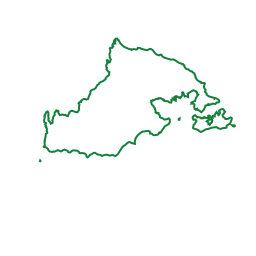 Kupang, Nusa Tenggara Timur, Indonesia, rotated 226°
{"feature_id": "22746128B27765258797580", "entity_name": "Kupang", "entity_type": "district", "adm_level": 2, "iso_a3": "IDN", "parent_name": "Indonesia", "parent_adm1": "Nusa Tenggara Timur", "projection": "orthographic", "projection_center": [123.766, -9.812], "detail": "fine", "context": "isolated", "style": "outline", "palette": "green", "viewbox_px": 256, "rotation_deg": 226, "n_neighbors": 0, "source": "geoboundaries", "source_scale": "gbopen_adm2", "svg_char_len": 5912}
<svg xmlns="http://www.w3.org/2000/svg" viewBox="0 0 256 256"><g transform="rotate(226 128 128)"><path d="M94.5,189.5L94.0,190.7L93.7,190.4L93.6,190.8L93.0,190.7L93.0,191.0L88.4,191.7L88.5,195.5L90.3,199.4L89.8,199.8L89.6,200.8L88.7,201.7L89.3,202.4L88.0,202.9L88.2,203.2L87.4,204.0L86.6,206.0L84.5,207.6L84.8,209.5L83.4,211.0L83.7,212.2L85.2,212.8L88.0,212.1L89.0,211.5L89.0,210.9L89.3,211.2L94.7,208.1L97.2,207.7L98.4,208.5L100.7,208.6L100.9,209.5L101.6,210.3L103.0,210.4L104.5,211.0L105.3,211.7L106.4,213.9L107.1,214.3L109.4,212.1L110.2,211.8L110.5,212.4L112.5,211.4L114.3,211.1L117.7,211.7L117.9,212.2L119.5,213.0L120.2,212.9L121.2,213.7L123.3,213.1L124.0,213.4L125.5,212.5L128.6,212.0L129.1,211.4L130.6,210.8L133.4,211.4L134.1,212.1L135.0,211.7L135.6,212.0L136.3,211.6L136.4,211.2L137.6,211.0L139.1,210.1L145.6,208.5L147.4,206.3L153.4,203.0L155.8,202.5L157.5,203.0L158.1,202.4L158.5,201.0L160.5,199.8L162.6,199.4L166.8,199.9L169.1,199.3L169.8,198.5L170.4,196.4L171.2,195.3L175.7,192.6L177.4,192.1L178.8,190.7L178.3,189.5L178.5,188.7L181.0,186.7L181.7,184.8L182.5,184.9L182.6,184.5L184.8,183.3L189.0,181.6L193.9,181.2L197.6,182.3L198.1,182.0L199.8,182.3L200.8,181.2L200.6,179.3L199.4,179.6L198.9,178.9L198.9,178.4L200.1,178.1L199.6,177.3L199.0,177.2L198.2,177.7L197.6,177.5L199.1,175.5L198.5,174.3L197.0,174.0L197.1,173.0L196.6,172.7L196.7,172.2L198.0,170.9L197.9,170.3L196.2,169.3L194.9,167.8L194.0,166.0L191.2,163.8L189.3,163.3L188.0,160.7L188.4,159.7L191.1,160.5L191.4,159.8L189.1,158.4L188.5,156.2L187.2,154.9L185.9,154.8L185.3,153.3L182.1,152.9L181.1,153.4L180.7,152.6L179.3,151.5L179.5,151.0L179.2,150.3L179.6,149.1L179.4,146.6L178.7,145.9L178.7,145.2L179.2,142.0L180.0,140.6L180.3,138.5L179.9,137.5L180.2,135.6L179.3,132.9L179.3,130.7L180.3,129.0L180.6,127.5L180.3,126.1L179.1,125.0L177.9,121.6L176.6,119.7L177.3,117.9L178.3,117.5L179.7,116.2L180.2,113.5L180.1,112.7L179.4,112.6L179.2,112.2L180.0,111.3L180.4,110.2L180.2,109.6L178.5,109.3L176.7,106.8L175.2,105.7L174.5,103.2L174.5,102.5L175.5,101.6L179.4,99.7L180.0,98.3L180.0,96.7L179.5,96.3L179.6,95.7L178.3,93.0L179.3,92.3L180.9,92.1L181.8,91.0L183.3,90.1L184.7,87.9L187.4,88.5L187.9,89.3L188.8,89.8L189.5,89.2L189.5,88.5L190.4,88.5L190.0,85.8L188.2,84.2L188.2,82.8L187.6,81.3L187.0,80.8L186.1,78.9L185.3,78.7L184.2,77.3L184.3,76.4L184.8,76.2L184.9,75.4L186.5,76.1L188.6,76.0L190.0,77.2L190.1,77.8L192.3,79.0L192.5,79.8L194.6,81.5L195.4,81.2L195.8,81.5L196.2,80.3L195.4,78.7L195.2,76.9L194.6,76.7L194.3,75.8L193.6,75.8L191.7,72.8L190.1,71.8L188.5,72.4L188.1,71.1L187.7,71.3L186.8,70.2L186.6,70.5L185.3,70.0L185.3,69.4L183.3,68.9L182.5,67.5L180.9,66.9L180.5,66.1L180.9,64.9L178.1,61.4L177.1,59.5L176.2,59.2L175.9,58.2L173.3,56.1L173.1,54.4L172.4,54.4L171.0,55.7L168.3,55.8L167.7,55.4L165.6,55.3L163.4,56.8L162.7,58.2L162.0,58.7L160.9,62.0L157.5,63.7L157.2,66.1L156.5,67.4L153.4,68.7L152.2,68.3L151.2,68.7L150.5,69.7L150.6,71.0L150.2,72.7L149.0,74.0L146.8,75.8L144.8,76.1L143.9,75.7L143.2,75.9L142.0,77.5L140.0,79.0L138.0,79.4L136.2,78.4L135.1,78.3L134.8,79.5L135.1,82.1L134.5,83.3L133.9,86.2L132.9,87.1L129.7,87.9L128.0,89.4L125.8,90.0L125.4,91.5L123.8,94.0L120.6,95.9L119.6,97.9L116.6,99.5L116.2,102.3L118.2,110.8L118.1,113.1L117.7,113.5L117.7,117.3L116.9,119.5L114.7,120.1L111.8,122.0L113.5,123.4L115.3,126.3L116.0,129.8L115.8,133.9L115.2,136.0L112.0,140.5L110.3,141.2L108.6,140.1L107.7,141.2L108.0,141.7L107.5,141.2L105.5,141.3L104.5,141.9L102.9,144.1L102.5,145.4L103.1,147.2L102.7,147.9L102.2,147.7L102.1,148.2L103.6,155.9L102.5,159.8L103.3,162.4L105.2,164.0L106.6,164.0L107.1,162.3L108.8,160.0L111.1,159.7L111.5,159.2L113.6,158.5L115.3,159.8L117.1,159.7L117.6,160.3L118.9,159.4L118.9,158.9L120.2,158.6L121.1,159.7L124.0,161.2L125.2,161.1L125.6,161.5L128.7,161.5L129.5,162.2L130.5,162.4L130.6,163.4L131.4,163.7L130.9,164.2L131.0,165.0L130.1,165.4L129.5,168.0L128.6,169.5L128.0,169.7L127.7,170.7L128.0,170.9L126.9,172.2L125.7,172.4L124.2,173.3L123.3,173.4L123.2,172.8L122.2,173.0L119.5,175.3L117.7,175.5L116.3,176.7L117.3,178.5L118.0,178.6L117.5,180.0L118.0,180.4L115.6,180.8L114.4,181.3L115.6,182.7L118.1,182.6L117.8,184.2L117.2,184.9L116.6,184.4L116.0,185.5L114.9,185.7L114.3,186.5L113.8,185.9L113.1,186.2L113.7,189.2L115.0,191.2L115.8,191.5L115.8,192.0L115.2,192.4L111.4,190.7L111.3,191.3L110.5,191.9L108.5,192.8L110.0,194.3L111.3,194.8L109.8,201.2L107.1,202.4L106.3,202.1L105.7,202.4L105.4,201.8L104.5,201.4L103.2,201.7L102.4,197.5L100.9,195.1L102.1,191.7L101.7,191.8L101.4,190.6L100.2,192.0L98.8,192.2L97.1,190.2L95.4,189.2L94.9,189.7L94.5,189.5ZM82.9,174.8L82.3,174.7L78.9,176.6L77.1,177.2L76.4,177.0L74.4,177.8L72.8,183.4L71.7,184.9L70.0,188.6L67.2,192.2L64.5,193.0L62.8,194.2L62.5,195.3L59.9,199.0L61.1,200.7L60.5,203.6L60.6,205.3L62.3,208.8L63.0,209.5L64.2,209.3L65.2,206.1L66.8,204.3L68.1,204.5L69.9,204.2L71.3,204.7L71.8,205.2L71.7,207.1L72.2,208.0L72.0,208.4L72.3,209.2L73.2,209.0L75.1,209.6L76.3,208.9L77.0,207.3L77.2,205.6L76.9,205.2L76.4,205.5L74.9,204.6L74.2,202.3L73.6,202.3L74.4,201.9L76.4,202.9L76.8,202.4L78.0,202.8L78.0,202.0L76.8,199.0L76.1,198.5L76.4,198.2L76.9,198.8L77.8,197.2L77.6,196.6L76.7,196.1L77.4,195.7L77.0,195.6L77.3,195.2L76.8,194.3L75.8,194.2L75.8,193.6L74.8,193.8L74.0,192.8L73.8,191.7L73.4,192.0L74.2,190.5L73.4,189.4L73.5,189.1L74.0,189.4L74.8,188.4L76.5,189.6L78.1,189.2L78.2,190.1L77.5,192.4L79.2,192.7L82.0,190.3L82.3,190.7L82.9,190.7L83.2,189.5L82.9,188.7L83.6,187.8L83.9,188.0L84.3,187.3L85.3,187.3L87.3,185.9L87.5,185.2L90.5,185.3L91.0,184.6L91.1,182.4L90.2,181.4L88.5,180.8L87.1,182.4L85.4,182.1L85.1,181.5L85.3,180.7L84.7,179.5L84.6,177.3L82.9,174.8ZM79.9,193.0L79.0,193.9L79.3,195.1L79.9,195.3L80.7,195.0L81.1,194.2L79.9,193.0ZM57.7,204.7L56.4,204.7L55.2,205.6L55.2,206.3L55.8,206.5L56.7,205.7L56.5,205.4L57.7,204.7ZM98.8,170.2L98.3,170.3L98.2,170.7L99.0,171.7L99.2,170.7L98.8,170.2ZM165.7,42.3L165.4,41.7L165.0,41.9L165.2,42.3L165.7,42.3Z" fill="none" stroke="#15803d" stroke-width="2"/></g></svg>